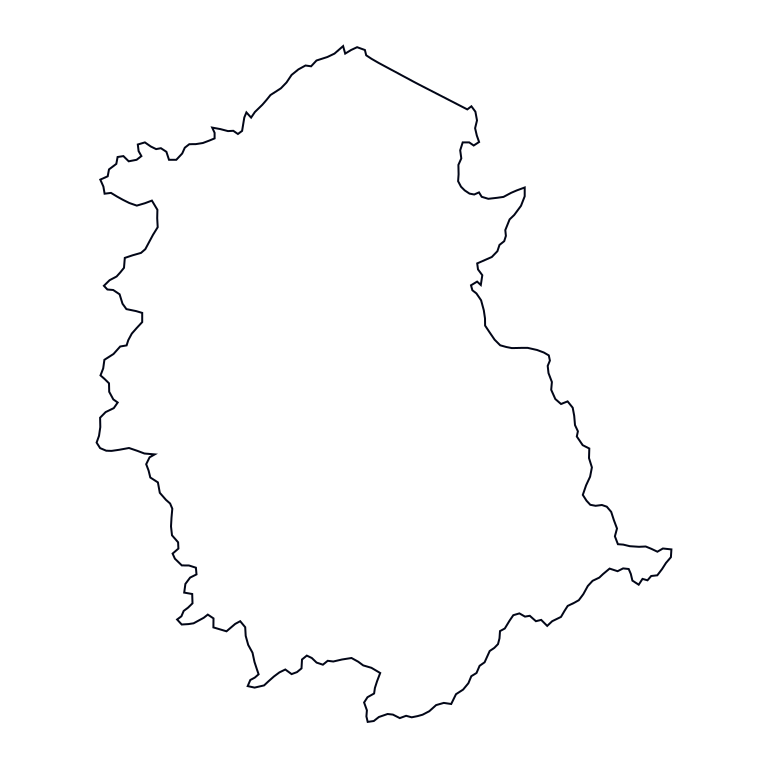 the district of Paraibuna, São Paulo, Brazil
{"feature_id": "56859067B40325291288871", "entity_name": "Paraibuna", "entity_type": "district", "adm_level": 2, "iso_a3": "BRA", "parent_name": "Brazil", "parent_adm1": "São Paulo", "projection": "albers", "projection_center": [-45.64, -23.474], "detail": "fine", "context": "isolated", "style": "outline", "palette": "ink", "viewbox_px": 768, "rotation_deg": 0, "n_neighbors": 0, "source": "geoboundaries", "source_scale": "gbopen_adm2", "svg_char_len": 4341}
<svg xmlns="http://www.w3.org/2000/svg" viewBox="0 0 768 768"><path d="M657.3,575.3L662.1,569.0L666.0,562.9L670.9,557.2L671.4,549.4L662.9,548.5L657.4,551.7L651.3,548.8L645.7,546.5L639.0,546.8L629.8,546.2L623.2,544.6L617.9,544.2L614.9,536.3L617.0,528.5L613.9,520.2L611.2,511.9L606.8,506.7L601.9,505.0L595.6,505.8L590.3,504.8L586.5,500.7L582.8,494.9L586.1,485.3L590.1,476.7L591.9,467.4L589.0,458.1L589.3,448.5L582.7,445.2L576.8,436.5L577.9,431.3L575.0,425.1L574.2,415.8L572.7,407.7L567.6,401.4L561.0,404.0L555.3,399.0L551.2,389.8L551.9,382.0L548.5,373.1L547.7,365.9L549.9,360.6L548.8,355.4L543.8,352.5L537.1,350.0L527.8,347.9L520.7,347.9L511.9,348.1L506.3,347.0L500.2,345.3L494.6,339.7L489.3,331.9L485.1,325.6L485.0,318.4L483.8,310.3L481.1,300.3L476.4,293.4L472.4,290.3L471.0,285.3L477.1,281.6L480.8,285.0L482.3,275.2L478.0,269.4L477.2,263.4L491.8,257.0L497.4,251.2L499.5,244.9L504.2,241.2L505.9,235.9L505.3,230.1L509.6,219.4L514.2,215.0L521.0,205.8L524.7,196.3L524.7,187.5L516.8,190.4L511.2,192.8L503.5,196.9L497.1,197.8L488.3,198.8L481.7,196.8L479.0,192.4L474.2,194.5L469.5,193.6L464.7,190.4L461.0,186.7L458.1,181.2L458.6,174.3L458.4,164.9L461.3,158.4L460.2,150.3L462.7,142.4L469.2,142.4L473.7,145.5L479.1,142.0L476.8,135.5L475.1,128.2L477.0,120.4L475.4,111.7L471.4,106.3L467.3,109.4L419.5,84.8L413.4,81.6L378.6,62.9L371.5,58.8L366.2,55.3L364.9,50.0L357.1,47.2L351.1,50.0L345.2,53.6L343.1,46.1L334.5,53.6L327.4,57.0L316.5,60.5L311.1,66.3L305.5,65.5L298.4,69.4L291.6,74.9L286.5,82.5L280.9,88.3L270.5,95.0L266.3,100.2L262.3,104.8L254.9,112.0L251.1,117.6L246.4,112.4L244.3,117.5L242.1,130.9L237.9,134.0L233.3,130.8L228.0,131.1L220.4,129.1L212.2,127.6L214.6,132.8L214.6,138.4L209.5,140.5L202.9,143.0L195.9,144.1L189.3,144.2L184.8,147.7L182.2,153.5L176.3,159.8L169.0,159.8L166.4,151.8L160.9,148.2L156.1,149.1L150.8,146.5L144.9,142.4L137.8,144.5L138.6,151.1L141.4,156.1L136.6,159.8L128.7,161.3L123.4,156.1L117.6,157.0L116.3,163.9L109.0,169.4L107.7,176.3L100.3,179.6L103.4,186.6L104.6,193.7L111.0,192.9L117.1,196.6L122.9,199.8L129.3,203.0L136.8,205.6L145.0,203.2L151.9,200.6L157.4,209.8L157.2,218.2L157.7,227.2L153.0,234.8L148.5,243.2L145.3,249.2L141.0,252.9L132.6,255.3L124.8,257.9L124.0,267.8L120.3,272.4L116.6,276.5L109.6,280.2L103.9,285.8L107.4,289.5L113.2,290.0L119.6,294.3L122.5,303.7L126.4,309.1L136.1,311.1L142.2,312.9L142.2,322.1L136.8,327.9L131.8,333.6L128.3,340.1L126.6,345.4L120.2,346.5L113.5,354.0L104.4,359.8L103.2,368.4L100.5,375.4L104.5,378.9L109.0,383.3L109.2,391.8L113.3,399.4L117.7,402.5L113.8,408.1L105.6,412.1L100.1,417.7L100.3,427.1L99.0,435.9L96.6,442.6L100.1,448.1L106.2,450.7L111.5,450.9L119.1,449.8L129.0,448.0L137.5,450.9L144.4,453.5L154.7,454.4L149.6,457.3L146.2,464.2L148.6,470.6L150.3,477.5L157.9,482.4L159.8,492.8L165.9,499.8L170.1,503.5L172.3,508.7L171.5,517.7L171.0,526.4L172.0,535.3L178.1,542.3L178.4,548.6L172.6,553.6L174.9,558.7L181.8,565.4L189.0,565.5L195.9,567.7L196.5,574.4L190.1,577.6L185.4,583.9L184.2,592.6L192.2,594.0L192.5,603.3L188.0,607.7L183.7,610.9L181.4,616.3L177.1,619.5L181.7,624.5L188.3,624.1L193.6,623.3L203.7,617.8L207.8,614.6L213.5,618.4L213.4,627.4L226.5,631.3L235.2,623.9L240.2,621.2L245.2,627.2L245.7,635.9L248.2,644.9L252.5,652.7L254.5,662.0L256.9,669.3L258.6,674.3L254.8,677.6L250.3,680.0L247.7,686.1L254.6,687.6L264.1,685.4L268.7,681.1L273.9,676.5L279.4,672.4L285.3,669.5L291.6,674.1L297.0,672.1L301.5,668.4L302.0,659.5L306.8,655.6L311.8,658.0L316.6,662.6L322.9,664.7L327.7,660.8L333.3,661.5L342.0,659.5L351.5,658.0L358.2,661.7L363.2,665.4L371.4,667.8L380.2,673.0L377.0,681.4L374.9,688.0L374.1,693.5L367.5,697.2L364.1,702.5L366.9,710.3L366.4,716.4L367.7,721.9L373.8,721.0L378.9,717.0L387.6,714.0L392.9,714.6L399.8,718.1L406.1,715.8L411.7,717.3L417.6,716.1L422.6,714.7L429.3,711.2L436.1,705.1L443.8,702.9L451.2,704.0L456.0,694.2L463.1,689.6L468.4,683.2L471.3,676.2L476.5,673.0L479.6,665.8L484.6,662.3L489.7,651.0L494.3,647.9L498.0,644.1L499.5,638.3L500.0,631.1L504.8,628.5L509.6,620.6L513.3,615.2L519.4,613.4L525.0,616.6L529.8,615.8L535.9,621.2L541.2,619.9L547.2,625.9L552.2,621.2L561.0,616.9L564.5,610.9L567.7,605.9L574.0,602.9L578.8,600.2L583.3,594.2L587.8,586.0L592.6,580.8L599.3,577.6L603.0,574.1L609.6,568.6L617.6,571.2L623.1,568.4L628.7,569.0L630.8,573.9L632.4,580.6L638.7,584.7L642.5,578.9L647.5,580.3L651.2,576.0L657.3,575.3Z" fill="none" stroke="#020617" stroke-width="2"/></svg>